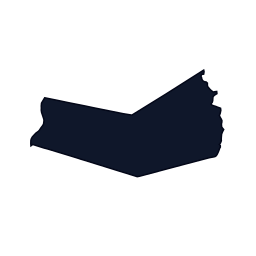 the district of Milagres do Maranhão, Maranhão, Brazil, rotated 156°
{"feature_id": "56859067B37055437356595", "entity_name": "Milagres do Maranhão", "entity_type": "district", "adm_level": 2, "iso_a3": "BRA", "parent_name": "Brazil", "parent_adm1": "Maranhão", "projection": "robinson", "projection_center": [-42.846, -3.51], "detail": "fine", "context": "isolated", "style": "filled", "palette": "ink", "viewbox_px": 256, "rotation_deg": 156, "n_neighbors": 0, "source": "geoboundaries", "source_scale": "gbopen_adm2", "svg_char_len": 1321}
<svg xmlns="http://www.w3.org/2000/svg" viewBox="0 0 256 256"><g transform="rotate(156 128 128)"><path d="M35.3,150.1L80.1,143.5L119.2,138.2L126.4,142.9L151.5,160.7L158.1,165.5L172.7,175.8L181.4,182.1L191.8,189.5L196.9,185.9L198.3,183.4L199.0,181.6L200.0,179.6L200.6,177.4L201.3,170.3L201.8,168.8L203.6,165.9L205.5,164.6L207.4,163.6L210.0,161.9L211.3,161.4L214.2,160.8L217.3,159.5L219.1,158.7L220.9,157.3L221.7,156.3L223.2,153.2L223.9,151.2L221.7,151.7L212.9,143.9L210.0,141.6L192.8,126.7L185.7,120.5L183.9,118.8L182.1,117.3L160.1,98.0L154.1,92.7L140.6,80.9L139.4,79.8L137.4,79.3L109.1,74.8L105.4,74.2L92.9,72.2L65.9,67.8L61.3,66.7L60.0,66.5L58.6,66.8L57.1,67.8L55.7,69.0L54.1,70.5L52.5,72.2L51.4,73.0L50.8,74.5L51.3,75.9L49.6,76.7L47.9,78.4L47.4,79.8L46.6,81.4L45.0,84.3L43.2,86.1L41.2,87.7L41.7,89.4L42.0,90.9L41.5,92.3L41.0,93.7L40.0,95.0L39.2,96.5L39.2,98.3L39.4,99.9L39.5,102.2L37.8,103.9L36.0,106.4L35.4,108.4L36.5,109.5L37.7,110.6L38.9,111.9L40.5,113.3L41.8,114.5L42.5,116.2L40.6,117.2L39.5,118.5L38.6,120.3L37.6,122.0L36.0,122.7L34.4,123.0L32.8,123.2L32.1,125.3L34.0,125.9L35.4,126.1L36.7,128.3L37.5,130.3L38.4,133.6L37.9,135.2L37.2,136.7L37.9,138.3L39.3,139.1L40.4,140.6L40.7,142.4L40.3,144.1L40.3,145.8L38.7,147.0L37.0,146.4L35.6,148.5L35.3,150.1Z" fill="#0f172a" stroke="#020617" stroke-width="1.5"/></g></svg>